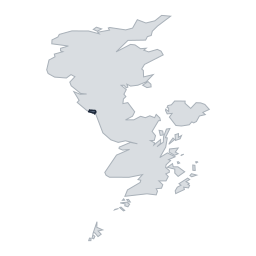 Redcar and Cleveland highlighted on a map of United Kingdom, rotated 180°
{"feature_id": "GBR-2032", "entity_name": "Redcar and Cleveland", "entity_type": "Unitary Authority", "adm_level": 1, "iso_a3": "GBR", "parent_name": "United Kingdom", "parent_adm1": "", "projection": "natural_earth1", "projection_center": [-1.077, 54.567], "detail": "fine", "context": "in_parent", "style": "filled", "palette": "slate", "viewbox_px": 256, "rotation_deg": 180, "n_neighbors": 0, "source": "natural_earth", "source_scale": "10m", "svg_char_len": 4021}
<svg xmlns="http://www.w3.org/2000/svg" viewBox="0 0 256 256"><g transform="rotate(180 128 128)"><path d="M139.9,204.1L125.5,211.6L121.0,211.1L115.5,207.3L109.8,207.8L112.2,205.8L107.3,204.1L98.7,206.6L95.0,204.9L92.8,201.1L111.5,191.6L114.3,187.0L112.7,185.6L112.4,179.1L102.8,181.4L109.8,174.2L118.1,170.8L125.4,169.9L129.1,171.8L128.1,168.9L129.7,168.2L132.1,170.8L134.9,170.7L129.7,166.4L132.1,161.8L130.1,159.4L132.6,157.0L133.1,152.4L128.2,153.4L121.3,144.2L123.5,139.8L130.5,136.1L122.1,136.2L115.4,139.7L110.6,138.3L106.2,140.2L101.4,138.3L99.8,141.6L96.2,138.1L95.6,135.4L97.5,135.3L103.9,124.6L100.5,120.4L101.7,115.6L105.6,115.4L101.4,113.1L102.2,110.9L95.4,116.5L95.3,112.8L99.0,109.3L92.7,113.8L92.5,119.0L89.6,126.9L86.1,127.5L90.6,118.3L88.7,118.1L90.3,108.9L96.2,98.4L88.6,103.1L80.9,99.2L87.5,96.4L85.4,95.4L89.9,91.2L90.4,88.5L86.7,85.5L86.7,83.7L90.2,82.1L87.7,79.5L90.0,75.1L97.2,75.1L93.2,71.3L94.5,67.8L99.8,67.3L98.5,64.8L99.8,61.1L109.1,62.2L131.1,59.7L128.5,66.1L115.9,73.5L115.2,75.8L118.0,76.4L113.5,81.4L127.0,78.7L146.6,78.8L149.9,80.7L151.2,83.6L139.5,100.9L126.4,106.6L133.3,105.9L137.0,107.5L136.7,108.9L125.5,113.6L118.6,112.2L130.5,115.2L137.8,113.6L145.2,116.2L153.1,123.1L160.0,141.3L169.2,145.5L178.8,153.6L176.9,155.7L182.2,164.4L175.8,161.7L169.4,162.0L175.4,162.6L184.8,170.2L186.2,173.9L181.1,179.3L185.0,181.4L189.6,178.0L201.4,178.9L207.9,182.5L209.3,186.2L207.0,196.0L201.0,199.2L201.7,201.9L193.1,204.3L195.5,205.2L195.4,207.7L187.6,210.0L204.2,212.2L204.0,216.1L198.1,219.0L196.7,221.6L184.1,225.1L167.4,225.0L156.8,222.2L158.2,223.8L146.5,225.9L147.7,228.0L146.4,228.5L130.3,226.1L123.4,227.9L118.7,236.3L110.1,233.0L101.1,235.2L94.4,240.6L85.4,239.8L98.4,230.0L103.7,224.8L104.8,220.5L108.6,219.4L110.4,215.9L128.1,215.6L139.9,204.1ZM81.3,155.0L70.9,154.9L71.0,152.7L65.3,147.6L59.9,153.3L55.3,153.1L51.2,151.6L46.7,146.6L53.2,143.6L50.7,141.4L56.6,140.0L59.6,134.5L62.3,133.1L64.2,134.1L66.8,131.2L74.5,130.0L80.1,130.5L86.6,138.9L83.9,142.6L88.8,142.1L90.5,145.6L90.3,146.8L87.3,144.5L87.4,148.1L89.0,148.3L88.2,150.4L84.6,151.2L81.3,155.0ZM80.8,65.2L78.7,68.8L75.0,70.8L77.0,72.3L68.3,77.9L66.3,76.5L70.0,74.3L66.9,72.6L68.1,71.7L66.4,70.7L67.5,68.1L72.3,68.8L71.6,66.5L80.3,62.4L80.8,65.2ZM81.2,82.9L81.2,86.9L88.7,88.7L83.5,92.4L82.8,89.2L78.1,89.2L71.3,84.2L77.9,79.6L81.2,82.9ZM158.0,19.4L161.3,23.3L162.9,22.8L159.0,34.3L159.2,28.7L153.3,26.1L157.9,25.0L154.8,21.8L158.0,19.4ZM86.5,107.0L77.8,108.0L80.7,103.9L77.8,102.3L81.4,100.7L86.8,103.9L86.5,107.0ZM109.1,168.4L113.4,170.8L108.0,174.4L105.1,171.8L104.9,169.1L109.1,168.4ZM80.5,115.6L81.0,121.3L77.5,122.4L77.6,118.7L74.5,120.5L75.9,117.2L80.5,115.6ZM131.2,50.2L130.9,52.1L135.8,53.1L129.3,53.8L126.4,51.8L128.1,49.2L131.2,50.2ZM96.9,125.7L93.3,125.0L92.7,121.1L95.7,120.6L96.9,125.7ZM162.7,226.6L159.6,228.8L154.4,227.1L158.6,224.8L162.7,226.6ZM83.0,118.0L81.4,116.4L87.2,111.7L86.0,114.0L83.0,118.0ZM64.3,79.2L66.1,80.4L64.5,82.3L59.3,80.9L64.3,79.2ZM63.2,91.0L61.1,90.7L60.8,85.5L63.1,85.7L63.2,91.0ZM163.1,21.4L161.1,19.6L162.3,17.2L163.9,17.9L163.1,21.4ZM136.3,48.4L135.0,48.9L131.3,45.6L132.5,45.1L136.3,48.4ZM129.3,56.4L127.5,56.6L125.7,54.0L127.7,54.1L129.3,56.4ZM167.3,15.4L166.5,17.9L165.0,17.7L165.1,15.4L167.3,15.4ZM141.1,46.6L137.4,47.5L141.5,46.1L141.1,46.6ZM78.7,94.1L77.6,94.3L76.3,93.0L78.1,92.3L78.7,94.1ZM133.6,55.7L132.3,57.2L131.4,55.8L133.6,55.7ZM74.5,101.1L72.2,101.8L75.2,100.3L74.5,101.1ZM60.4,94.1L58.9,94.4L58.3,93.9L59.8,93.0L60.4,94.1Z" fill="#d9dde1" stroke="#a8b0b8" stroke-width="1"/><path d="M160.6,143.1L160.8,143.1L160.9,142.9L161.0,142.9L161.0,143.0L161.3,143.2L161.5,142.5L161.8,142.8L162.1,143.0L162.4,143.1L163.1,143.1L163.9,143.5L167.3,144.3L167.3,144.6L166.8,144.7L166.6,145.0L166.5,145.3L166.4,145.9L165.8,145.7L164.9,145.9L164.5,145.6L164.2,145.6L163.3,145.7L162.6,145.5L161.9,145.6L160.9,145.5L160.7,145.3L160.5,145.1L160.4,144.7L160.2,144.5L160.2,144.2L160.3,143.6L160.3,143.3L160.5,143.2L160.6,143.1Z" fill="#64748b" stroke="#1e293b" stroke-width="1.5"/></g></svg>